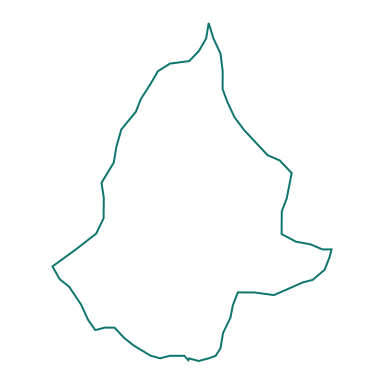 Sohung, Hwanghae-bukto, North Korea (Albers equal-area conic projection)
{"feature_id": "82179303B44729459459193", "entity_name": "Sohung", "entity_type": "district", "adm_level": 2, "iso_a3": "PRK", "parent_name": "North Korea", "parent_adm1": "Hwanghae-bukto", "projection": "albers", "projection_center": [126.204, 38.534], "detail": "fine", "context": "isolated", "style": "outline", "palette": "teal", "viewbox_px": 384, "rotation_deg": 0, "n_neighbors": 0, "source": "geoboundaries", "source_scale": "gbopen_adm2", "svg_char_len": 935}
<svg xmlns="http://www.w3.org/2000/svg" viewBox="0 0 384 384"><path d="M331.5,249.4L322.4,249.4L310.4,244.3L296.0,241.7L281.6,234.1L281.7,221.4L281.8,211.2L286.7,198.5L290.9,177.1L291.7,173.1L279.7,160.4L267.7,155.3L255.8,142.6L243.9,129.8L234.4,117.1L227.3,101.8L222.6,89.1L222.7,71.3L220.5,53.6L213.4,38.3L208.7,23.0L206.2,38.3L198.9,51.0L189.2,61.1L169.9,63.6L157.9,71.2L150.6,83.8L140.8,99.1L135.9,111.7L121.3,129.5L120.7,131.6L116.3,147.2L113.8,162.5L101.5,182.8L103.8,198.0L103.6,218.3L96.2,233.6L76.8,248.7L52.5,266.4L59.6,279.1L69.2,286.8L81.1,304.6L88.1,319.9L95.3,330.1L104.9,327.6L114.6,327.7L124.1,337.9L133.7,345.5L150.5,355.7L160.1,358.3L169.8,355.8L184.3,355.8L188.3,360.2L189.1,358.4L198.7,361.0L208.4,358.4L215.6,355.9L220.5,348.3L223.0,333.1L230.4,317.8L232.9,305.1L237.8,292.4L254.7,292.5L273.9,295.1L302.9,282.4L312.6,279.9L324.7,269.7L329.6,257.0L331.5,249.4Z" fill="none" stroke="#0f766e" stroke-width="2"/></svg>